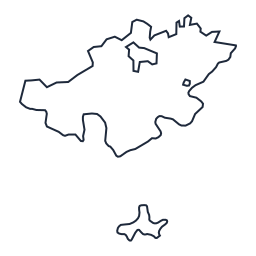 outline of Fergana, Ferghana, Uzbekistan
{"feature_id": "79887680B63252769213541", "entity_name": "Fergana", "entity_type": "district", "adm_level": 2, "iso_a3": "UZB", "parent_name": "Uzbekistan", "parent_adm1": "Ferghana", "projection": "equal_earth", "projection_center": [71.801, 40.219], "detail": "fine", "context": "isolated", "style": "outline", "palette": "slate", "viewbox_px": 256, "rotation_deg": 0, "n_neighbors": 0, "source": "geoboundaries", "source_scale": "gbopen_adm2", "svg_char_len": 2657}
<svg xmlns="http://www.w3.org/2000/svg" viewBox="0 0 256 256"><path d="M235.9,45.4L214.6,42.0L219.4,31.5L212.0,31.9L206.2,35.6L200.4,31.7L200.7,28.5L196.9,23.6L189.9,24.9L191.3,17.8L188.1,15.4L184.4,18.2L184.0,26.5L179.8,26.6L179.0,21.0L176.5,22.6L176.3,34.1L168.7,37.2L168.0,33.4L166.1,30.8L154.4,35.4L150.4,39.6L149.7,37.7L150.2,31.6L151.1,26.8L147.2,23.8L143.4,21.4L136.7,19.7L132.3,22.0L130.9,32.9L121.7,40.2L114.8,36.7L106.6,39.3L101.4,46.2L93.7,47.0L88.0,51.0L92.8,62.4L92.6,66.0L77.4,75.0L68.2,82.0L56.6,82.5L46.9,87.2L39.5,79.6L31.5,80.4L25.4,80.7L20.0,101.8L21.9,104.0L26.1,107.3L30.2,108.9L32.3,108.9L36.4,110.0L45.1,110.2L46.3,111.8L46.8,113.8L45.5,122.9L46.9,126.5L58.8,131.9L63.1,135.2L65.0,135.8L68.7,134.5L75.4,134.5L80.9,141.0L82.8,141.2L83.6,139.9L83.1,136.1L84.5,129.7L82.9,119.9L82.9,116.8L83.7,114.3L91.9,113.5L97.1,114.0L100.5,116.5L105.1,122.6L106.4,128.1L105.2,140.9L105.9,142.5L106.2,143.4L108.7,146.1L110.3,146.6L113.2,150.0L116.3,155.7L117.9,156.7L120.3,156.3L126.5,151.9L130.3,150.2L135.3,149.0L148.0,141.5L152.0,138.2L155.7,138.5L158.4,137.2L160.7,135.1L161.1,133.3L160.6,131.4L155.6,123.8L155.3,122.0L156.2,118.8L157.8,117.1L159.4,116.1L161.7,116.2L164.8,117.7L170.6,118.6L172.9,119.3L179.1,124.4L181.4,125.5L185.6,125.6L190.1,123.4L192.0,121.3L195.1,114.0L202.6,107.0L203.0,103.7L201.2,101.4L196.4,97.7L189.9,96.1L188.6,94.2L188.4,92.7L189.2,91.0L192.0,87.8L195.5,85.2L203.4,81.7L208.8,74.1L212.2,71.5L216.1,67.1L217.9,63.6L219.2,62.5L226.3,60.9L228.4,59.7L230.3,57.0L230.8,53.2L235.1,48.4L236.0,46.1L235.9,45.4ZM156.9,53.4L156.5,63.4L152.2,64.4L147.8,61.2L139.8,62.0L138.1,71.8L133.5,70.9L133.4,60.5L128.6,56.2L129.1,49.6L126.0,47.0L133.4,42.4L139.1,47.6L144.2,48.1L156.9,53.4ZM189.0,85.5L186.9,85.8L183.1,84.7L183.7,82.5L185.4,79.5L189.8,81.0L189.8,83.8L189.0,85.5ZM153.2,223.0L151.2,221.6L149.7,220.5L149.3,219.5L149.4,217.1L149.1,214.9L147.8,211.9L147.4,209.0L147.0,206.3L146.1,205.3L144.3,205.1L141.2,205.3L139.7,205.9L139.1,207.3L139.1,209.5L139.5,212.6L139.1,216.0L138.0,218.3L135.8,220.7L133.3,222.4L129.6,224.0L124.4,224.5L120.8,224.9L119.0,226.4L117.9,228.0L117.2,230.8L117.5,232.5L119.2,233.6L121.5,234.1L124.3,234.1L125.7,234.9L126.9,236.7L127.8,238.8L129.3,240.3L130.0,240.6L131.0,240.5L131.8,239.4L135.3,232.7L137.4,230.0L138.2,229.8L139.1,229.9L141.4,232.5L143.1,234.1L144.5,234.5L145.9,234.4L147.1,234.0L151.0,234.8L153.9,236.3L155.4,237.9L156.8,238.0L159.9,235.6L159.3,234.6L158.8,232.7L159.2,230.8L160.4,228.7L162.0,226.7L165.3,224.3L166.8,222.8L167.2,221.4L166.9,220.4L165.7,219.8L162.9,219.8L160.9,220.8L157.9,222.7L156.2,223.3L154.3,223.3L153.2,223.0Z" fill="none" stroke="#1e293b" stroke-width="2"/></svg>